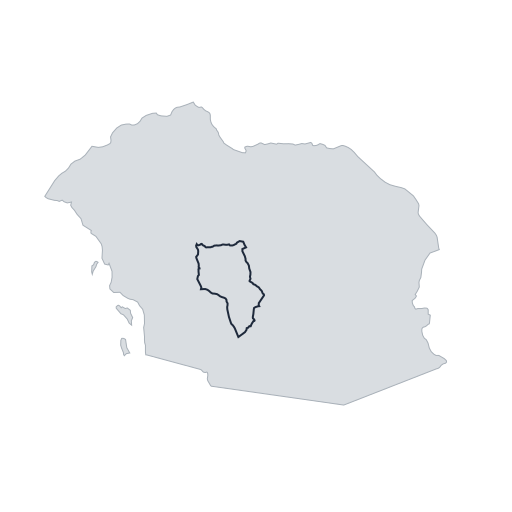 where Dodoma sits in United Republic of Tanzania, rotated 159°
{"feature_id": "TZA-3385", "entity_name": "Dodoma", "entity_type": "Region", "adm_level": 1, "iso_a3": "TZA", "parent_name": "United Republic of Tanzania", "parent_adm1": "", "projection": "orthographic", "projection_center": [35.912, -5.778], "detail": "fine", "context": "in_parent", "style": "outline", "palette": "slate", "viewbox_px": 512, "rotation_deg": 159, "n_neighbors": 0, "source": "natural_earth", "source_scale": "10m", "svg_char_len": 5901}
<svg xmlns="http://www.w3.org/2000/svg" viewBox="0 0 512 512"><g transform="rotate(159 256 256)"><path d="M195.0,353.4L189.9,350.8L185.2,349.1L181.4,347.3L179.7,345.5L176.1,344.9L173.0,344.6L170.1,343.0L164.2,342.4L163.5,341.3L163.4,338.8L162.4,338.2L160.2,337.6L157.9,337.6L156.5,338.0L155.7,337.8L153.8,336.4L152.0,334.6L151.3,331.6L148.5,329.8L145.4,328.3L136.8,328.5L135.4,328.1L133.4,326.6L131.0,324.2L129.0,321.4L127.2,317.6L125.4,312.4L115.3,292.0L114.2,288.1L112.2,283.8L109.0,278.6L105.6,274.7L101.0,271.2L95.8,267.7L93.0,265.3L87.5,255.7L86.4,251.2L85.5,246.5L85.8,244.6L89.1,238.5L89.4,236.8L89.0,234.5L87.3,229.7L85.2,223.9L80.8,213.3L80.2,210.6L80.2,208.6L82.6,197.8L82.6,196.3L92.5,196.4L99.7,191.6L106.0,184.4L107.3,181.5L109.8,176.9L112.3,174.6L113.3,173.0L114.7,168.5L118.0,165.4L121.2,163.0L120.6,161.3L121.0,160.7L122.8,159.5L126.2,158.4L126.9,156.0L126.9,153.3L126.3,151.8L126.4,150.1L125.9,149.1L123.6,148.9L120.3,147.6L117.5,147.1L115.6,146.3L114.9,145.7L114.5,144.1L116.1,140.0L114.5,138.3L118.0,131.4L118.6,130.6L119.9,130.5L121.9,129.7L123.7,129.4L125.2,129.6L126.3,129.3L127.3,128.5L128.2,126.2L128.8,122.3L128.4,119.1L127.0,116.7L126.6,113.0L127.2,108.0L126.7,103.9L125.1,100.5L123.5,98.6L121.0,97.7L117.0,92.7L115.8,90.2L116.1,88.7L117.4,88.0L119.9,88.2L122.3,87.6L124.5,86.2L126.6,85.8L127.7,86.0L227.5,85.4L344.3,150.4L344.8,151.2L345.7,156.8L345.5,158.7L343.7,161.9L343.2,163.6L343.2,164.8L343.6,165.3L345.1,165.4L346.4,166.2L346.9,166.8L347.9,169.3L349.2,170.5L393.3,202.7L394.3,203.2L393.7,205.8L391.2,212.3L391.0,215.0L390.0,218.2L389.1,220.3L386.5,229.5L384.3,232.9L381.4,240.9L380.9,247.0L382.5,251.3L383.0,255.4L386.4,259.3L389.1,260.8L391.0,262.6L394.2,266.7L396.0,270.9L401.9,272.9L404.2,277.6L403.3,280.8L400.6,283.4L398.0,287.7L395.9,293.3L395.8,301.9L397.2,300.6L400.2,302.7L400.6,309.1L397.3,316.4L396.3,319.9L396.1,322.8L398.4,331.7L401.8,336.2L401.6,337.6L400.6,338.8L406.5,346.7L406.0,353.6L408.1,359.0L409.1,363.7L410.5,367.3L410.8,369.8L408.9,372.5L413.2,373.2L415.7,375.4L416.9,377.6L420.1,377.5L421.7,379.0L424.2,380.2L429.5,383.9L431.0,385.7L431.8,387.4L416.8,398.6L411.4,401.5L407.6,402.8L403.5,403.5L399.5,405.3L395.8,408.1L391.1,409.5L385.4,409.4L379.3,411.4L369.8,417.2L364.3,413.9L360.0,412.9L355.0,412.9L352.0,413.3L350.9,414.0L349.9,416.0L349.1,419.3L345.8,422.4L340.1,425.4L334.8,426.5L330.0,425.7L326.7,424.5L325.0,422.7L322.5,421.9L319.2,422.0L316.0,423.3L313.0,425.6L308.1,426.6L301.5,426.3L297.9,425.2L297.4,423.2L294.5,420.9L289.1,418.3L285.2,418.2L282.7,420.8L280.4,422.3L278.3,423.0L276.4,423.1L273.7,422.4L266.4,422.1L259.4,422.2L258.7,418.6L257.2,416.4L256.0,415.1L253.6,414.7L252.9,413.7L252.1,411.5L250.9,409.5L249.3,407.9L248.3,406.5L248.0,405.1L248.3,403.6L249.7,399.9L250.1,397.3L250.0,394.7L249.2,392.0L247.5,388.8L247.7,387.9L247.1,385.7L247.0,384.2L247.4,382.3L247.0,379.8L245.6,374.4L245.6,373.1L244.0,370.5L239.4,364.4L239.1,363.6L231.8,357.4L228.9,356.1L227.8,357.3L227.4,358.3L227.8,360.3L227.6,361.3L227.3,361.7L225.5,361.7L224.5,361.5L221.7,359.8L219.5,359.4L214.2,359.7L212.3,360.1L210.8,359.8L208.0,356.9L204.7,356.4L201.7,356.2L196.7,353.0L195.0,353.4ZM402.8,250.5L405.2,257.3L404.8,258.6L403.1,259.3L402.2,259.4L401.2,258.3L400.4,256.0L399.1,256.5L396.9,253.8L394.8,253.6L392.8,250.4L393.6,247.5L393.2,242.7L395.6,240.2L396.9,236.0L398.5,238.9L398.8,243.3L400.8,248.6L402.8,250.5ZM414.7,210.1L414.9,211.7L414.4,213.2L414.5,218.0L414.3,221.2L412.4,225.7L410.9,227.2L409.6,226.8L408.6,226.0L407.7,224.8L409.5,216.7L408.6,210.7L412.0,211.3L414.7,210.1ZM409.1,308.0L407.4,308.4L406.7,308.0L405.7,306.7L407.5,305.6L409.3,303.4L413.5,300.2L415.4,297.6L415.1,300.1L412.7,305.6L410.7,306.0L409.1,308.0Z" fill="#d9dde1" stroke="#a8b0b8" stroke-width="1"/><path d="M319.3,244.7L318.3,246.2L318.3,248.0L319.1,255.5L317.4,258.1L316.1,258.8L315.3,261.9L314.7,263.5L314.5,264.2L314.1,264.7L313.7,264.7L313.2,264.6L313.1,265.1L313.5,265.6L313.5,266.4L313.0,267.1L312.3,269.4L312.4,275.2L312.2,276.6L309.6,278.2L308.3,281.0L307.9,282.5L308.1,284.0L308.5,285.6L308.2,287.1L307.1,288.3L306.9,287.5L306.7,287.1L306.2,286.7L305.4,286.6L303.9,286.6L303.1,286.9L302.7,286.9L302.3,286.7L302.2,286.5L302.1,285.8L301.9,285.6L301.8,285.3L301.4,284.6L301.2,284.4L300.7,284.1L300.5,283.9L300.2,283.3L300.0,282.5L299.6,282.0L298.9,281.7L298.3,281.6L295.4,280.5L295.0,280.4L294.3,280.5L293.9,280.4L293.7,280.3L293.2,280.2L291.4,280.6L290.7,280.5L289.5,280.1L288.9,280.0L288.5,279.8L287.9,279.4L287.6,279.3L284.8,278.6L283.8,278.7L282.7,278.6L280.4,277.4L278.9,276.8L277.4,276.6L276.9,276.4L276.9,275.9L276.5,275.2L275.8,274.9L274.3,274.3L272.8,274.2L271.7,274.4L270.7,274.4L269.8,274.6L269.1,275.3L265.9,275.8L262.8,273.9L262.7,270.6L262.2,267.6L266.2,267.4L267.0,265.3L266.5,259.8L266.8,256.9L267.3,255.9L267.3,254.8L267.0,253.5L266.4,252.4L266.1,249.6L266.8,246.7L266.9,243.0L268.0,240.4L268.9,239.2L269.2,238.0L269.3,236.7L270.3,235.8L271.0,235.0L270.6,234.1L269.5,232.9L268.7,231.6L268.7,231.0L268.5,230.5L268.2,230.4L268.0,230.2L267.7,229.8L267.2,229.5L266.6,228.6L266.2,227.6L265.4,226.7L264.6,225.6L264.1,223.4L263.5,222.2L263.1,220.9L263.2,219.7L263.1,218.5L262.4,217.4L262.6,216.4L270.3,211.0L270.6,210.2L271.1,209.2L271.0,208.0L271.4,208.1L271.8,208.3L274.7,208.5L276.4,208.2L277.1,207.1L279.3,202.7L280.9,200.1L281.2,198.9L280.6,197.8L280.5,197.3L280.4,196.7L280.5,196.2L280.8,196.0L281.5,196.3L284.0,194.5L285.4,193.2L285.7,192.7L286.2,192.3L286.8,192.6L287.3,192.9L288.1,192.5L288.9,191.9L290.5,192.0L291.4,190.4L291.8,190.1L292.6,189.6L293.5,188.9L301.5,186.7L301.7,196.1L302.0,197.9L302.5,199.7L303.3,201.3L303.4,202.3L303.1,208.8L301.9,216.5L301.2,218.7L300.2,220.3L299.5,222.0L299.8,224.0L299.3,225.8L299.7,227.3L300.9,228.6L302.6,229.9L304.1,231.4L305.0,233.0L306.1,234.4L308.0,235.6L310.1,236.6L311.3,238.1L312.2,240.0L313.4,241.8L315.0,243.2L317.1,244.0L319.3,244.7Z" fill="none" stroke="#1e293b" stroke-width="2"/></g></svg>